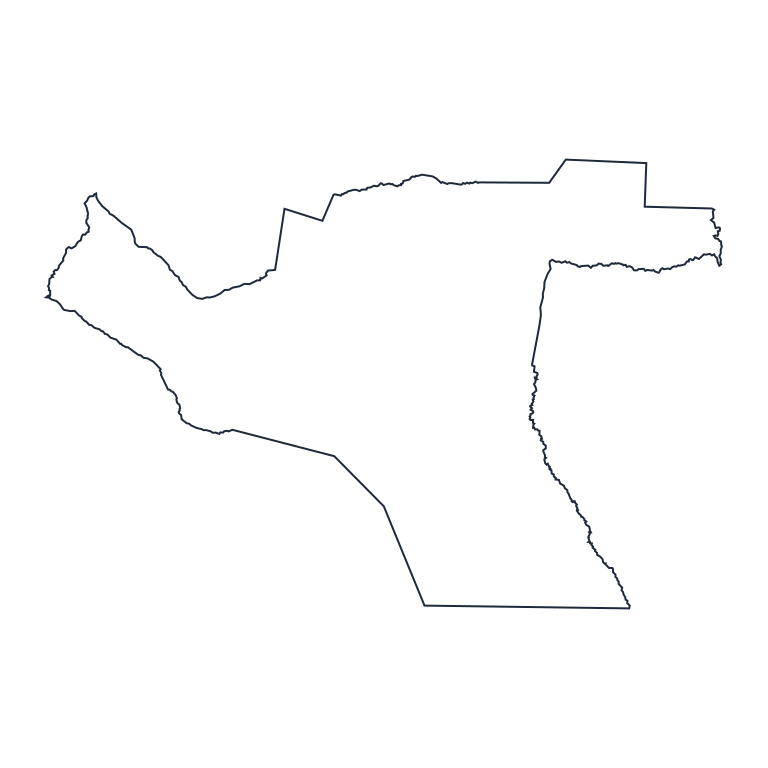 the district of San Rafael, Mendoza, Argentina
{"feature_id": "61730980B42121604183922", "entity_name": "San Rafael", "entity_type": "district", "adm_level": 2, "iso_a3": "ARG", "parent_name": "Argentina", "parent_adm1": "Mendoza", "projection": "orthographic", "projection_center": [-69.079, -35.05], "detail": "fine", "context": "isolated", "style": "outline", "palette": "slate", "viewbox_px": 768, "rotation_deg": 0, "n_neighbors": 0, "source": "geoboundaries", "source_scale": "gbopen_adm2", "svg_char_len": 6059}
<svg xmlns="http://www.w3.org/2000/svg" viewBox="0 0 768 768"><path d="M392.2,183.9L391.0,184.3L389.2,183.5L383.6,185.0L381.6,183.4L380.5,183.4L378.6,185.6L376.8,186.3L374.0,185.7L370.4,187.5L367.8,187.7L366.9,188.2L366.6,189.5L361.8,189.6L359.7,191.1L356.2,189.8L353.7,189.8L347.3,191.6L346.8,192.5L344.5,193.1L343.5,194.1L342.0,194.1L341.1,195.6L334.8,194.3L333.5,194.8L322.4,220.8L284.5,208.8L275.1,269.9L267.9,270.6L265.9,273.5L266.6,275.4L262.1,278.5L260.5,277.9L260.2,280.3L257.1,280.4L249.6,284.1L244.3,283.9L239.5,286.3L232.7,287.6L229.1,289.8L224.6,290.0L220.0,293.8L214.4,296.4L209.9,297.5L206.8,297.3L202.1,298.9L197.0,298.0L192.2,294.7L187.1,289.3L186.1,287.0L183.0,285.1L181.7,282.2L179.8,280.5L178.6,277.0L175.1,275.2L172.2,271.0L169.9,269.7L168.4,265.1L160.8,257.0L157.9,255.7L153.3,252.1L152.5,250.4L150.0,248.6L148.1,248.3L147.2,247.2L138.6,246.8L135.6,244.0L134.7,241.7L134.6,238.0L131.2,229.6L121.7,222.9L113.6,215.8L109.6,213.7L108.7,211.6L102.3,206.2L98.1,200.8L96.4,197.3L96.1,193.5L94.1,194.5L93.4,196.1L90.2,196.3L88.5,197.6L87.1,200.7L84.6,203.3L86.5,207.3L88.1,213.7L87.5,216.3L87.8,218.1L86.4,220.0L86.3,222.8L89.2,227.4L88.4,230.3L88.7,231.7L86.6,232.6L85.2,234.7L83.0,234.5L81.9,236.1L80.7,240.4L78.0,241.8L75.2,246.2L71.5,248.4L68.8,247.0L66.1,249.4L66.0,252.9L63.1,258.3L63.3,260.5L58.9,265.8L58.8,267.6L57.6,269.4L56.8,270.2L55.3,270.0L53.7,271.6L54.5,273.9L51.7,275.4L52.8,276.9L51.7,277.0L49.5,279.0L49.1,284.3L48.1,286.1L49.0,288.0L48.9,290.2L50.1,290.7L50.2,295.1L49.8,296.2L48.4,295.5L46.1,297.3L48.8,297.6L51.4,299.4L56.6,301.1L60.1,304.4L63.4,309.4L64.6,310.0L70.4,311.1L74.7,310.9L79.3,315.7L81.5,316.7L81.8,318.1L84.6,320.9L86.3,321.6L89.1,324.8L91.4,325.2L94.5,327.8L99.4,329.3L101.8,331.3L102.8,331.2L105.0,333.9L107.4,334.5L110.4,337.6L116.3,339.6L120.2,343.9L121.1,343.8L122.2,345.1L126.1,347.2L127.8,347.2L138.3,354.9L140.7,355.3L143.5,357.8L147.6,358.4L153.3,361.6L160.7,369.2L159.8,370.4L161.3,373.2L161.0,374.9L168.0,389.5L169.9,389.9L171.1,391.2L173.2,392.1L175.6,395.0L176.9,398.3L176.4,399.3L176.7,401.3L177.6,403.4L179.3,404.5L180.2,408.1L179.5,409.1L179.8,410.4L178.7,411.8L179.0,413.2L181.2,415.2L181.6,419.2L186.6,423.2L189.1,423.7L191.2,425.5L197.0,428.1L201.7,429.1L203.4,430.1L206.3,430.1L210.5,431.3L213.1,432.8L215.5,432.6L219.4,433.9L220.4,432.4L223.1,432.6L224.2,431.2L227.0,430.8L228.4,431.4L232.5,429.8L334.3,456.2L383.8,506.3L424.5,605.6L629.2,608.4L629.7,605.5L627.2,603.1L627.4,600.7L625.6,599.7L625.2,597.2L623.4,594.1L623.2,592.3L621.5,590.3L622.2,587.7L618.6,583.9L618.7,581.7L617.3,580.0L617.2,578.5L615.4,576.8L615.5,574.7L613.1,572.3L612.9,568.6L612.3,568.0L608.9,567.9L605.5,564.3L605.6,563.4L604.6,563.6L603.3,562.4L602.5,559.1L600.0,556.5L597.1,554.8L597.1,552.9L595.0,551.1L595.3,549.9L592.6,547.6L593.1,546.6L591.4,544.8L591.9,543.4L590.1,543.3L590.1,542.2L588.5,542.0L589.4,541.2L588.5,538.1L588.8,537.4L588.3,537.0L589.8,534.0L589.2,532.3L590.9,532.4L589.9,530.4L589.3,526.7L586.2,524.7L585.1,522.7L586.3,521.5L584.3,520.2L584.3,519.0L582.3,516.8L581.3,516.8L580.4,514.7L579.4,514.2L576.9,510.8L578.0,510.1L577.1,509.3L577.4,508.1L576.1,506.0L576.9,504.7L574.8,502.4L574.9,501.4L573.9,501.1L572.8,502.1L571.6,501.3L571.6,499.5L570.4,498.5L568.5,493.4L567.5,492.4L567.3,490.1L564.8,488.2L563.9,485.7L560.1,483.5L558.9,479.9L555.5,479.5L555.9,478.0L553.8,476.5L553.8,474.5L551.7,473.5L551.4,470.2L549.8,469.5L550.4,468.6L549.2,467.8L549.7,466.7L548.8,466.1L547.8,463.7L546.5,464.6L545.2,463.2L544.3,459.3L546.0,457.8L544.8,457.1L545.0,455.3L543.2,451.0L543.4,450.0L545.8,448.3L545.7,445.6L543.4,443.8L543.2,441.8L540.8,440.4L541.0,438.8L542.0,438.7L541.2,436.1L539.3,434.9L539.6,430.9L537.8,430.3L537.3,429.4L534.8,429.4L534.3,427.7L533.0,427.8L533.4,424.7L534.3,423.7L532.9,422.9L533.1,419.9L530.5,420.1L529.6,419.1L530.4,417.6L529.6,416.5L530.4,415.6L530.4,414.2L532.5,413.3L533.2,412.3L533.0,411.0L530.6,409.7L532.0,408.2L530.1,406.5L530.4,405.7L532.3,405.0L531.8,403.9L533.4,401.4L532.7,399.8L533.8,399.1L533.4,398.0L534.5,395.6L532.6,394.8L532.5,394.1L536.3,390.7L536.0,388.3L534.0,384.1L535.3,382.4L535.6,380.0L536.9,379.4L534.9,378.4L534.8,377.4L536.6,377.6L536.7,375.8L537.7,374.6L537.2,372.9L533.9,371.8L534.6,366.4L532.2,365.4L532.1,364.4L539.4,325.6L540.9,315.1L540.3,307.4L543.0,297.3L542.8,293.8L544.2,288.2L544.5,282.0L547.7,273.8L550.6,269.0L549.5,263.6L549.8,261.3L552.2,259.8L556.0,261.9L559.0,261.5L561.8,262.8L565.2,261.2L567.0,262.7L569.3,262.1L571.3,263.6L576.7,265.0L577.7,266.3L579.9,267.0L581.0,266.1L588.2,265.6L590.9,267.8L592.8,265.7L596.4,265.5L598.7,263.6L601.3,263.9L603.4,265.8L607.4,265.3L608.2,266.0L611.8,263.3L614.1,263.9L615.4,263.1L616.3,263.6L618.7,263.2L622.9,264.6L623.3,265.3L625.6,264.8L626.8,266.9L629.6,266.1L632.1,267.4L634.0,270.3L636.8,270.4L638.7,269.1L643.8,268.8L645.3,270.8L647.4,270.0L652.2,270.6L653.5,270.0L655.1,271.5L658.3,272.7L659.0,272.5L661.0,269.1L662.4,268.2L664.0,269.2L668.2,268.5L670.2,269.1L672.3,267.1L674.5,266.3L676.4,266.6L678.3,265.3L679.6,265.7L684.8,264.4L687.1,261.3L688.8,261.4L689.1,259.4L690.7,259.1L692.2,260.2L693.4,259.8L695.1,257.3L698.9,259.0L704.0,254.3L705.8,254.7L709.9,253.9L711.9,255.4L714.2,254.3L714.9,256.1L717.1,258.0L717.6,261.8L719.3,265.7L721.1,264.4L720.5,262.3L720.9,259.8L719.4,256.1L720.7,253.5L720.7,249.9L721.9,246.4L721.3,245.3L721.0,241.4L719.5,241.0L718.2,239.0L715.3,238.3L713.8,235.9L715.5,235.4L717.4,235.9L718.3,234.2L717.8,231.3L719.7,230.8L720.0,229.0L719.8,227.9L718.8,227.4L715.6,228.0L714.2,222.7L710.9,220.1L713.5,217.9L712.8,211.5L714.2,209.7L711.7,208.5L644.7,206.7L646.3,163.1L565.8,159.6L549.2,182.8L479.1,182.4L478.0,182.9L475.8,181.6L472.2,183.2L470.3,182.6L469.3,183.6L467.0,182.7L465.1,183.8L463.1,183.0L462.1,184.3L460.5,184.6L451.6,183.1L448.5,183.3L447.3,184.0L442.4,182.1L441.1,182.9L436.5,178.6L432.6,176.4L422.3,174.7L416.9,176.1L416.0,175.7L415.0,176.8L412.6,176.5L410.7,177.6L410.5,178.6L409.1,179.7L403.4,181.0L402.7,183.5L401.0,183.9L401.0,185.1L398.4,185.4L397.5,186.3L394.0,185.3L392.2,183.9Z" fill="none" stroke="#1e293b" stroke-width="2"/></svg>